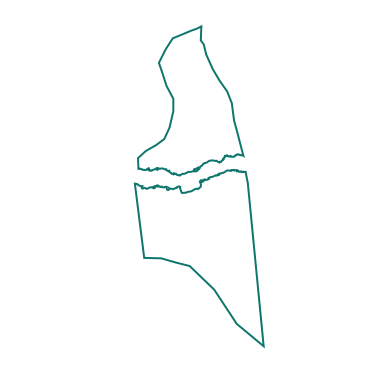 Zemam Out, Al Bahr al Ahmar, Egypt, rotated 262°
{"feature_id": "37247803B6993574009783", "entity_name": "Zemam Out", "entity_type": "district", "adm_level": 2, "iso_a3": "EGY", "parent_name": "Egypt", "parent_adm1": "Al Bahr al Ahmar", "projection": "natural_earth1", "projection_center": [30.77, 28.19], "detail": "fine", "context": "isolated", "style": "outline", "palette": "teal", "viewbox_px": 384, "rotation_deg": 262, "n_neighbors": 0, "source": "geoboundaries", "source_scale": "gbopen_adm2", "svg_char_len": 5913}
<svg xmlns="http://www.w3.org/2000/svg" viewBox="0 0 384 384"><g transform="rotate(262 192 192)"><path d="M193.0,248.5L204.6,247.9L204.6,246.5L204.5,246.3L204.4,245.6L204.4,245.4L204.6,245.8L204.8,245.8L204.9,245.6L205.1,244.7L205.1,244.4L204.8,244.3L204.8,244.1L205.0,243.9L204.9,243.6L205.0,243.5L205.1,243.4L205.3,243.9L205.5,243.7L205.6,242.8L205.4,242.3L205.4,241.7L205.5,241.3L205.7,241.2L205.8,241.3L206.3,240.7L206.1,240.4L206.3,239.9L206.6,240.2L206.7,239.9L206.6,239.7L207.4,239.8L207.8,238.7L208.0,238.6L207.5,238.6L207.4,238.5L207.3,238.2L207.5,237.9L207.4,237.5L207.5,236.8L207.5,236.7L208.0,236.7L208.1,235.3L207.9,235.0L207.9,234.5L208.2,234.4L208.3,234.3L208.3,234.1L207.6,233.8L207.5,233.6L207.5,233.4L208.2,231.3L208.4,230.7L208.3,229.3L208.2,228.8L207.4,227.7L206.6,225.5L206.6,225.3L206.8,224.7L206.3,223.5L206.5,223.1L206.3,222.0L206.4,221.4L206.3,221.2L206.1,221.5L205.5,221.5L205.0,221.0L204.9,220.6L204.9,219.9L205.3,219.3L205.3,219.1L205.1,218.7L205.2,218.3L204.9,218.2L205.1,217.6L205.0,217.1L204.6,215.9L204.1,214.3L204.2,212.1L204.0,211.7L203.5,211.4L203.4,211.1L203.6,210.8L203.7,210.5L203.6,210.3L203.3,210.2L202.5,210.4L202.4,210.0L202.4,209.6L202.0,209.1L202.1,208.4L202.0,206.9L202.5,207.0L202.6,206.8L202.7,206.0L202.4,205.4L202.2,205.3L201.9,205.2L202.0,205.0L202.3,205.0L202.4,204.8L202.3,204.7L202.1,204.7L202.0,204.4L201.8,204.5L201.7,204.7L201.4,204.6L201.2,204.7L200.9,204.6L200.9,203.6L200.6,203.3L200.6,202.7L200.8,202.6L201.5,202.5L202.3,202.6L202.4,202.4L202.3,202.2L201.9,201.9L201.8,202.2L201.7,202.2L201.3,202.2L201.2,201.9L201.0,202.2L200.7,202.1L200.7,201.8L200.9,201.7L200.7,201.5L200.4,201.4L198.6,201.9L197.6,201.8L195.9,201.3L195.9,201.2L194.5,199.2L194.2,198.6L194.2,198.1L194.6,197.5L194.6,196.9L194.4,196.0L194.3,194.8L193.6,193.6L192.8,191.4L192.7,189.3L192.7,187.8L192.4,186.8L192.1,186.1L192.4,184.3L192.3,182.2L192.7,181.8L193.9,181.4L197.8,180.6L198.3,180.6L198.8,180.9L199.4,179.8L199.2,178.8L199.0,178.4L198.7,177.5L198.6,177.3L198.1,177.2L198.1,176.6L198.2,176.2L197.4,173.9L197.7,173.3L198.2,171.4L198.6,170.6L199.0,170.0L198.7,170.1L198.4,170.0L197.8,169.7L197.4,169.1L197.3,168.7L197.3,168.3L197.6,167.9L198.3,167.5L198.7,167.4L200.5,167.6L200.6,167.1L200.9,166.2L200.4,165.2L200.5,164.5L200.6,164.0L200.8,163.8L201.0,163.2L201.3,163.1L201.6,162.9L201.7,162.3L201.8,162.3L201.3,162.1L201.3,161.5L201.4,161.2L201.9,160.9L202.0,160.2L202.2,159.8L202.8,159.6L203.1,159.3L203.0,159.2L202.6,158.9L203.2,158.6L203.1,158.2L202.5,157.8L202.5,157.6L202.6,157.0L202.6,156.9L202.8,156.9L202.8,157.1L203.1,157.2L203.0,156.7L203.0,155.9L202.8,155.5L202.4,155.9L201.3,155.8L201.1,155.5L201.0,154.5L201.1,154.2L201.3,154.0L202.3,153.5L202.3,152.8L202.2,152.5L202.3,152.2L202.3,150.1L202.1,149.7L201.7,149.0L201.4,147.6L201.9,146.9L202.6,146.0L202.7,145.5L202.5,144.6L202.2,143.9L202.5,143.2L202.8,142.8L203.2,142.8L203.7,143.0L204.0,143.0L204.6,143.7L204.8,143.2L204.9,142.5L205.5,141.0L205.9,140.5L206.3,139.8L207.1,139.2L207.6,138.8L207.5,138.4L208.0,137.4L208.2,136.6L133.4,135.5L130.6,152.3L124.3,166.4L119.0,179.4L92.2,200.4L55.1,218.0L29.3,241.5L193.0,248.5ZM222.4,142.2L222.6,143.1L222.1,143.5L222.1,143.8L222.1,144.5L221.8,145.2L220.9,145.9L220.8,146.9L220.1,149.2L220.4,149.7L220.7,150.2L220.8,150.8L221.4,151.8L221.6,152.2L221.5,152.4L221.4,152.7L221.2,152.7L220.8,152.0L220.6,151.7L220.2,151.7L220.0,151.9L220.4,152.1L220.5,152.4L220.4,152.6L220.2,152.7L219.7,152.4L219.5,152.9L219.2,152.8L219.1,153.1L219.3,153.3L219.3,153.6L219.0,153.7L218.9,153.5L218.9,154.2L218.7,154.7L218.7,154.9L218.9,155.4L219.3,155.7L219.2,156.1L219.4,156.8L219.4,157.3L219.8,158.3L219.8,158.8L220.0,159.4L220.0,159.8L220.3,160.1L220.5,160.2L220.7,160.6L220.6,160.8L220.1,160.4L220.1,160.7L220.2,160.9L220.2,161.2L219.8,160.9L219.7,160.9L219.3,160.8L218.9,160.5L218.7,160.7L219.2,161.2L219.4,161.6L219.4,162.6L219.6,163.4L219.5,166.0L219.3,166.4L218.4,167.9L218.3,168.8L218.1,169.4L217.7,169.1L217.0,169.9L216.8,170.3L216.2,171.0L216.4,171.2L216.3,171.5L216.4,172.2L216.3,172.4L215.4,172.1L214.9,172.5L214.5,173.3L213.9,173.5L213.6,173.8L213.3,174.5L213.1,174.5L213.0,174.4L212.7,174.7L212.6,175.2L212.4,175.6L212.3,176.1L212.9,176.3L213.1,176.6L212.9,176.7L212.1,176.6L212.3,178.0L212.5,178.3L212.5,178.5L212.4,178.7L211.6,179.0L211.2,179.3L210.9,180.0L210.4,181.3L210.5,181.5L210.4,181.7L210.1,181.8L210.2,182.6L210.6,182.9L210.6,183.3L211.1,184.8L211.3,185.7L211.1,186.3L211.1,187.0L211.3,188.0L211.9,189.8L212.0,190.2L212.2,190.4L212.4,191.3L212.4,191.8L212.3,192.2L212.1,193.2L212.2,194.8L212.4,195.5L212.2,196.8L211.9,199.0L212.0,199.4L212.3,200.1L213.7,202.1L214.6,203.0L215.0,203.1L215.8,203.7L216.2,204.1L216.9,205.9L217.9,206.5L218.5,207.3L218.7,208.6L218.9,208.7L218.8,209.4L219.4,211.3L219.8,212.0L220.5,213.6L220.5,216.1L220.2,217.8L219.7,218.8L219.4,219.9L219.6,220.3L219.3,220.9L218.2,222.0L217.9,222.5L218.0,223.9L217.6,223.9L217.9,224.4L217.9,224.6L217.8,224.8L218.6,225.6L219.2,227.0L219.8,227.2L220.1,227.1L220.7,227.4L220.8,227.8L220.5,228.1L220.5,228.3L220.9,228.5L221.3,228.5L221.6,228.7L222.0,229.2L222.3,229.2L223.1,229.6L222.8,230.7L223.4,231.0L223.5,231.6L222.6,232.0L222.6,232.4L222.8,232.5L222.7,232.8L222.3,233.1L221.9,233.8L221.9,234.2L222.1,234.7L222.3,235.0L222.2,235.3L221.6,235.2L221.1,237.4L221.2,238.2L221.3,238.7L221.9,239.5L221.6,239.7L222.5,240.8L222.5,241.8L222.8,241.8L222.9,242.2L222.9,243.1L222.7,243.6L222.1,244.2L221.7,244.9L221.8,246.0L221.5,246.3L221.4,246.9L220.6,247.9L242.7,245.4L257.0,243.6L274.3,243.8L286.8,240.8L298.4,234.8L310.7,229.7L326.2,225.2L336.4,224.2L340.8,221.8L354.7,224.3L352.9,219.0L351.9,213.8L347.9,198.5L346.9,194.4L336.8,185.7L324.5,177.2L314.7,179.1L300.7,181.5L286.8,186.5L274.4,184.7L258.7,178.6L248.3,171.9L243.5,163.1L239.0,151.9L233.0,143.2L222.4,142.2ZM215.5,201.7L214.6,202.8L212.1,199.4L212.3,196.6L214.1,197.1L214.7,200.1L215.5,201.7Z" fill="none" stroke="#0f766e" stroke-width="2"/></g></svg>